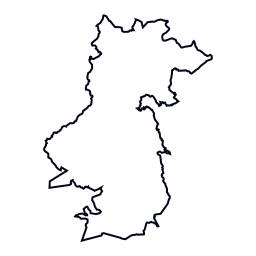 Tlacolulan, Veracruz, Mexico (orthographic projection)
{"feature_id": "50627088B39576903361064", "entity_name": "Tlacolulan", "entity_type": "district", "adm_level": 2, "iso_a3": "MEX", "parent_name": "Mexico", "parent_adm1": "Veracruz", "projection": "orthographic", "projection_center": [-97.003, 19.702], "detail": "fine", "context": "isolated", "style": "outline", "palette": "ink", "viewbox_px": 256, "rotation_deg": 0, "n_neighbors": 0, "source": "geoboundaries", "source_scale": "gbopen_adm2", "svg_char_len": 5723}
<svg xmlns="http://www.w3.org/2000/svg" viewBox="0 0 256 256"><path d="M125.4,239.2L130.5,235.9L133.2,234.8L134.5,235.0L136.6,234.3L137.4,234.7L143.9,234.4L144.1,233.3L143.5,231.0L144.7,229.6L146.4,223.2L147.2,222.5L149.1,222.9L151.2,221.8L152.2,222.4L153.1,222.4L156.1,224.1L157.1,226.1L157.8,226.5L158.4,226.3L154.0,218.0L154.4,215.7L154.8,215.9L154.7,214.9L155.4,214.5L160.6,213.8L167.3,204.3L168.1,202.6L168.7,199.9L169.8,198.0L169.7,196.3L169.4,195.7L168.6,195.0L167.6,192.9L166.9,192.1L167.0,188.8L165.3,184.6L165.3,183.7L164.4,183.0L163.3,181.3L163.1,180.6L163.7,179.5L163.7,178.8L163.5,178.1L161.9,176.7L162.0,175.7L161.7,175.3L161.9,174.4L163.4,173.0L162.5,169.8L162.7,169.4L162.4,169.2L162.8,168.3L162.2,167.4L162.8,166.3L162.2,164.8L161.2,163.5L160.2,155.6L158.1,154.4L157.5,153.4L157.5,152.8L157.7,152.4L159.6,151.6L160.4,151.8L161.7,152.8L165.1,152.1L166.0,152.3L166.6,153.0L167.5,153.4L168.9,153.4L170.1,153.9L169.6,152.2L169.0,151.6L166.8,150.5L165.1,150.4L164.4,149.8L164.6,149.3L165.6,148.7L165.7,148.1L163.9,147.4L162.4,144.7L162.9,141.0L162.3,140.8L162.2,140.0L161.4,139.7L161.5,138.6L160.3,138.0L159.5,132.5L158.6,132.1L158.4,130.2L158.7,129.7L158.2,129.3L157.0,129.8L156.4,128.8L157.2,125.5L158.2,124.0L154.9,119.5L153.7,115.3L154.1,113.9L153.4,112.1L151.8,109.7L151.5,109.9L148.4,107.1L146.8,107.2L146.6,106.6L145.5,107.2L145.4,107.8L144.2,108.0L143.9,107.6L143.7,108.1L144.7,108.9L144.0,109.5L142.5,108.3L141.9,108.5L140.8,110.6L139.6,109.6L139.2,110.3L138.6,110.0L138.0,109.1L137.1,108.4L138.2,108.1L138.7,108.4L139.5,107.6L139.8,106.0L140.5,105.4L140.3,104.7L140.9,103.7L139.9,101.9L141.4,99.7L141.0,97.3L142.9,96.9L143.3,96.3L144.7,96.2L146.1,94.7L148.7,95.2L149.8,96.6L150.6,96.6L151.7,95.9L152.3,95.9L153.3,96.6L155.4,99.8L156.5,102.5L158.4,104.3L159.2,106.0L160.9,104.9L160.4,104.0L160.8,103.6L160.4,102.2L161.0,102.4L162.4,102.1L162.6,102.7L163.2,103.2L163.7,102.7L165.1,102.6L165.1,103.3L166.6,105.2L166.7,105.7L167.8,105.3L169.6,105.6L171.9,104.5L172.1,105.1L174.3,103.5L175.4,103.4L178.3,101.3L177.2,100.7L176.4,99.3L174.1,98.0L173.9,97.3L175.8,94.7L175.6,94.3L174.7,94.5L174.2,94.0L174.8,93.0L172.5,92.5L169.4,89.8L169.3,87.7L168.8,87.1L170.6,85.0L171.0,83.4L170.5,80.1L171.2,78.3L171.9,73.9L172.1,70.3L173.2,69.9L174.1,68.7L175.4,68.3L176.1,68.7L176.3,69.6L178.0,69.5L178.4,69.9L178.5,70.8L186.1,70.4L187.4,71.2L188.8,71.3L189.8,72.0L190.1,72.9L191.5,73.6L196.6,69.6L197.9,68.9L200.9,65.8L206.1,61.8L206.4,61.1L211.3,59.2L211.9,58.4L211.6,55.8L210.1,54.8L208.9,55.6L207.2,56.0L206.5,55.3L205.2,55.0L203.2,53.0L199.7,50.5L198.7,50.4L197.4,49.7L196.4,47.2L195.7,46.8L194.5,42.0L193.9,41.1L193.2,41.7L192.2,44.2L190.8,45.9L185.1,46.7L182.0,47.6L181.0,47.2L179.3,44.6L177.8,43.2L176.8,42.8L175.9,40.1L173.9,39.0L171.7,38.3L165.4,40.6L163.8,40.6L162.8,39.9L162.1,37.0L162.7,35.0L163.3,34.2L166.3,32.5L169.0,29.7L169.2,28.4L166.4,26.0L165.7,24.6L166.0,23.1L167.4,22.2L167.8,21.3L167.2,20.8L164.4,20.8L164.0,20.4L163.1,20.4L162.2,19.8L160.2,19.6L157.0,20.4L155.6,21.3L154.3,21.7L150.8,21.7L150.0,22.0L147.6,22.2L142.9,27.4L141.5,21.9L137.3,19.8L135.8,19.4L136.0,19.9L134.7,23.2L133.4,25.7L132.4,27.0L132.5,28.1L133.6,30.2L131.6,30.2L131.4,30.7L130.1,30.4L128.5,31.7L125.9,31.9L123.6,31.8L122.3,31.1L121.6,27.7L119.6,27.2L114.9,27.0L110.2,21.1L109.2,20.8L106.3,16.3L104.1,15.4L103.4,15.5L102.7,19.3L102.1,19.8L100.6,22.7L97.5,24.9L96.6,25.9L97.4,26.1L97.9,26.6L98.5,30.5L99.7,31.6L99.8,32.3L98.5,34.4L98.5,36.0L97.2,38.6L93.3,41.7L91.9,43.1L91.7,43.8L92.4,45.6L94.8,45.4L95.5,45.8L96.3,47.3L96.5,48.7L96.0,48.8L96.4,49.4L97.6,49.9L98.4,51.9L98.9,51.7L99.6,51.9L99.6,52.3L100.4,52.3L100.8,53.3L101.2,53.5L101.1,54.1L100.1,54.7L98.8,56.3L93.3,59.1L91.6,58.7L91.2,56.9L90.6,56.6L90.0,57.0L90.0,58.7L89.4,59.5L89.9,60.1L89.5,60.8L89.7,61.7L92.1,64.8L92.1,68.5L89.9,72.0L88.3,72.9L87.8,74.2L87.3,78.0L87.8,79.4L89.3,80.4L89.3,81.2L88.7,81.8L88.0,84.2L86.4,85.5L85.8,87.8L85.9,89.5L86.6,89.4L89.6,90.7L90.2,92.3L90.0,93.5L90.5,94.1L90.7,95.5L92.4,95.8L92.5,96.7L91.1,98.7L91.7,99.9L91.3,103.8L90.5,105.4L88.6,106.0L87.9,107.1L85.7,109.2L85.2,109.3L84.4,110.3L83.4,110.5L82.3,113.6L79.3,115.1L77.8,116.6L76.0,121.1L75.6,121.5L74.8,121.3L74.1,122.1L74.0,122.8L72.3,123.4L70.9,123.1L69.9,123.3L66.1,126.1L66.1,126.5L64.1,126.0L62.3,126.9L61.0,129.6L60.0,130.2L59.7,130.9L58.9,131.5L58.0,131.7L57.4,132.1L57.2,132.6L56.2,133.1L55.1,132.4L54.0,132.6L53.4,133.1L53.3,133.9L52.8,134.7L51.8,135.6L52.2,136.5L52.0,136.9L51.0,137.5L50.2,138.7L49.1,139.1L47.3,138.7L47.0,139.9L45.7,140.7L46.8,143.2L46.3,143.4L45.8,144.4L46.1,145.3L44.3,148.1L44.1,149.3L44.3,150.2L45.0,151.1L47.9,153.3L48.4,154.1L48.3,157.4L50.9,158.9L51.8,160.6L51.9,161.6L55.4,165.1L56.1,166.7L58.4,169.2L60.7,170.3L60.8,169.2L61.5,167.4L66.9,170.7L49.8,181.3L49.5,187.8L69.2,185.0L70.8,184.3L71.1,183.4L70.8,182.9L71.0,181.0L72.8,180.1L73.1,181.3L74.7,183.0L75.4,184.9L76.4,186.3L78.1,186.7L79.6,186.1L81.0,187.5L81.9,187.4L83.6,188.7L84.9,187.6L85.0,187.0L86.0,186.6L87.6,187.4L88.3,186.7L88.5,187.3L89.6,188.2L94.0,190.3L94.4,190.8L98.4,189.1L101.2,187.5L100.6,188.5L100.7,189.1L102.1,191.1L100.5,193.7L100.4,194.4L92.7,197.2L92.2,199.2L92.2,200.2L93.8,202.7L94.9,206.5L96.8,209.7L97.7,209.6L99.5,210.1L100.8,211.6L100.4,212.4L99.6,213.2L98.6,213.2L98.2,213.6L97.1,213.7L96.2,214.1L90.6,213.2L90.3,210.8L88.7,209.5L87.4,206.8L86.8,206.7L86.0,207.0L83.7,209.0L84.8,212.8L87.1,214.6L87.1,215.3L85.7,215.4L82.7,213.7L81.2,213.7L78.5,214.2L78.2,214.7L76.1,215.2L75.2,216.4L77.5,216.7L79.5,217.3L81.1,218.7L85.3,218.6L87.5,219.5L87.6,222.4L87.3,222.9L86.2,223.8L85.7,225.1L85.7,225.8L86.5,227.5L81.9,240.6L101.4,235.5L102.0,234.4L101.9,233.7L103.4,233.1L120.4,237.8L121.9,238.6L125.4,239.2Z" fill="none" stroke="#020617" stroke-width="2"/></svg>